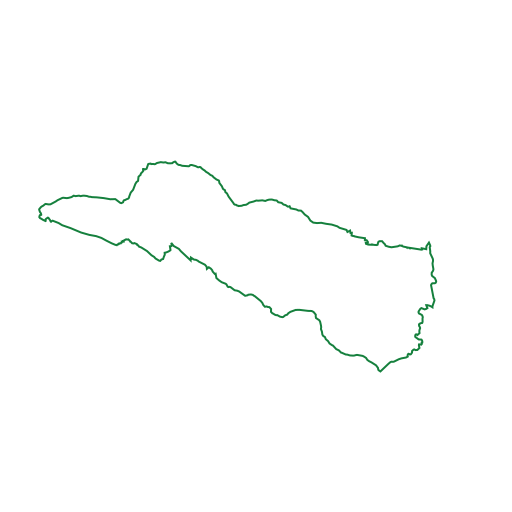 Lazuri De Beius, Bihor, Romania, rotated 50°
{"feature_id": "2599482B33228708697979", "entity_name": "Lazuri De Beius", "entity_type": "district", "adm_level": 2, "iso_a3": "ROU", "parent_name": "Romania", "parent_adm1": "Bihor", "projection": "natural_earth1", "projection_center": [22.328, 46.561], "detail": "fine", "context": "isolated", "style": "outline", "palette": "green", "viewbox_px": 512, "rotation_deg": 50, "n_neighbors": 0, "source": "geoboundaries", "source_scale": "gbopen_adm2", "svg_char_len": 6096}
<svg xmlns="http://www.w3.org/2000/svg" viewBox="0 0 512 512"><g transform="rotate(50 256 256)"><path d="M98.2,389.1L103.9,386.0L107.8,384.7L115.5,380.1L125.6,374.9L132.7,370.1L138.0,365.7L142.8,362.8L147.9,360.8L153.5,358.4L157.2,356.5L157.6,356.0L158.2,355.7L158.1,355.3L158.6,354.0L158.2,353.5L158.3,353.2L158.7,353.1L158.7,352.8L158.5,352.6L158.7,352.2L159.4,351.5L159.2,350.9L159.4,350.5L159.4,350.1L158.7,349.6L159.0,349.3L159.2,348.7L159.6,348.4L159.2,348.2L159.7,347.8L159.2,347.0L159.4,346.4L159.4,346.0L159.7,345.4L159.7,344.8L160.7,344.0L161.2,343.1L163.5,342.9L164.1,343.1L164.4,342.8L166.6,342.7L167.7,341.7L167.9,340.9L170.3,339.6L171.4,339.9L172.1,339.4L173.6,339.6L175.7,338.4L182.2,336.3L188.2,335.6L191.3,334.6L193.3,334.6L197.3,333.2L198.2,332.5L197.9,330.7L198.6,329.1L197.2,326.8L196.4,325.1L194.8,323.9L195.6,322.4L196.3,320.1L196.6,317.9L196.2,317.5L193.2,315.7L194.0,314.5L193.9,313.8L191.5,312.5L195.5,312.6L201.0,310.5L204.0,310.5L217.2,308.9L216.1,308.1L216.6,307.6L215.5,306.8L218.9,305.8L220.3,304.5L222.3,303.6L223.3,303.5L229.9,300.7L232.5,300.7L234.3,301.9L234.3,299.4L236.7,298.7L238.8,298.7L240.0,299.2L243.3,299.1L243.6,298.3L247.4,300.5L251.2,299.9L254.1,299.1L257.7,297.1L258.7,296.9L261.2,297.4L262.0,297.2L262.6,296.1L263.5,295.5L268.5,294.4L270.5,292.7L272.4,291.7L279.5,289.9L280.7,287.7L280.7,286.8L282.2,284.6L283.8,283.4L285.0,283.2L285.8,282.8L293.6,281.3L296.0,281.3L298.2,281.9L300.6,281.8L301.5,280.3L302.7,279.7L303.8,278.6L306.3,278.5L308.4,280.4L310.5,280.3L311.3,279.8L312.9,279.4L314.3,278.6L315.0,277.7L317.9,276.6L319.8,275.1L320.2,274.3L320.2,271.8L321.0,269.7L320.6,268.1L320.9,265.5L322.8,260.3L325.1,257.4L331.6,251.3L333.9,248.7L335.8,247.9L339.3,247.9L340.8,249.2L342.1,249.9L345.9,248.8L347.5,249.1L351.0,250.9L352.4,251.8L353.7,253.2L356.3,254.1L358.9,255.7L360.5,255.9L362.4,255.3L364.6,256.0L367.6,255.5L370.3,255.9L373.1,255.1L374.1,254.6L378.9,254.4L381.5,253.2L384.8,252.9L385.2,252.5L389.1,250.6L390.3,249.4L392.5,248.0L394.4,246.0L395.2,245.1L396.4,242.6L397.0,241.9L401.1,238.5L402.8,237.8L404.9,237.2L407.1,237.5L409.2,237.0L411.8,235.9L416.9,234.3L420.2,234.5L421.1,235.1L422.2,235.5L424.4,234.9L423.7,223.6L423.7,221.2L424.1,220.1L425.1,219.1L425.6,218.2L426.9,212.9L427.9,210.4L430.2,206.3L430.6,204.4L429.5,203.7L429.0,202.9L428.9,202.1L429.6,201.6L430.4,201.4L430.8,200.5L430.3,198.6L429.1,197.5L429.0,195.5L429.3,194.8L430.6,194.3L431.7,192.8L431.5,189.9L429.2,188.7L428.5,188.0L429.2,187.1L430.1,186.5L430.0,185.6L428.9,184.8L429.2,184.3L428.8,183.8L427.5,183.1L426.4,183.0L424.5,185.0L420.5,186.0L419.7,185.6L419.0,184.7L418.8,184.1L419.3,183.3L420.3,183.1L420.2,180.3L418.7,179.3L417.9,178.5L416.7,176.6L415.4,176.1L414.4,176.0L413.2,175.1L413.4,174.8L413.1,173.9L413.5,172.7L414.1,171.7L413.5,170.7L411.0,168.7L410.0,167.5L408.4,166.9L407.6,166.9L404.7,168.1L403.6,167.7L403.0,167.1L402.1,164.1L402.2,162.8L405.3,161.1L405.9,159.7L406.1,158.2L403.1,157.2L403.7,156.4L405.7,155.0L407.1,154.3L408.7,153.8L407.9,153.1L404.8,147.9L403.6,147.2L402.5,147.1L390.8,140.6L390.2,139.1L390.4,138.2L391.8,136.6L392.0,135.6L391.5,134.5L390.7,134.0L387.9,133.2L384.5,133.9L383.3,133.5L381.8,132.2L381.1,129.8L380.2,128.6L376.7,126.6L375.1,125.5L373.6,123.6L372.6,122.8L371.6,122.3L365.9,120.8L364.3,119.4L361.1,117.4L360.8,117.0L360.5,116.1L359.7,115.7L356.9,114.9L358.1,119.2L360.2,121.2L356.7,124.0L357.8,124.6L357.5,125.2L349.7,132.0L348.8,132.8L349.1,133.1L348.8,133.4L348.3,133.3L346.2,135.0L346.3,135.1L345.9,135.2L343.6,137.0L342.1,137.8L341.8,137.6L340.8,138.8L340.3,139.1L339.7,141.2L336.4,146.6L334.2,148.4L331.5,150.1L329.8,149.7L328.2,149.9L325.7,149.9L324.1,151.8L323.8,153.0L324.7,154.6L325.5,155.5L325.3,156.4L323.2,158.6L321.8,159.6L322.0,159.9L319.4,162.7L317.4,163.9L316.5,163.4L318.1,162.4L317.3,161.3L315.1,161.1L313.7,162.3L312.4,161.1L307.8,165.2L304.3,167.9L304.1,167.9L302.5,169.2L301.7,169.6L299.8,167.7L299.1,168.8L297.0,167.6L296.4,170.5L294.2,169.9L288.1,173.9L285.6,174.6L280.6,177.8L276.4,181.6L272.5,184.7L270.0,188.1L267.2,190.7L263.8,191.6L259.5,191.0L255.6,192.0L252.0,192.1L250.1,192.4L248.4,194.3L246.3,195.2L241.7,198.9L239.5,198.3L239.3,199.0L238.6,199.9L236.0,200.6L234.2,201.9L231.8,202.2L229.1,204.4L227.1,204.4L226.4,204.8L225.1,206.1L223.4,207.2L222.7,207.8L221.2,209.8L220.4,211.5L219.8,213.5L217.4,215.4L215.1,218.7L213.7,220.1L212.7,222.9L210.8,226.8L210.7,229.0L210.4,230.6L208.9,232.9L208.3,234.7L206.4,237.4L205.8,237.5L204.9,238.2L204.1,238.3L202.9,239.3L201.9,239.5L201.1,239.3L192.9,238.8L189.4,238.0L187.4,238.4L185.7,237.5L185.1,237.6L184.3,238.0L183.2,238.1L180.6,237.3L176.5,237.1L174.9,236.1L174.2,236.0L172.0,237.1L168.4,237.9L166.5,237.9L164.7,238.8L161.9,239.3L159.3,240.2L157.3,240.4L156.3,240.8L154.0,241.3L152.3,241.4L151.6,241.9L151.1,243.0L150.6,243.5L148.4,244.4L145.0,246.7L144.1,247.9L144.2,249.4L144.0,249.9L139.4,254.6L137.6,255.6L136.6,256.6L135.7,257.0L134.1,257.3L131.9,257.1L131.6,257.4L131.0,259.1L131.1,260.4L129.9,262.1L128.3,263.9L126.0,265.1L124.9,266.8L122.9,268.6L121.1,272.1L120.8,274.1L120.5,274.7L119.5,275.5L118.2,277.2L117.5,277.3L116.5,278.9L116.3,279.5L118.8,283.7L118.5,285.1L118.0,285.7L117.3,285.9L116.8,286.6L117.2,287.0L118.3,287.6L118.6,288.9L118.8,291.1L119.7,292.4L119.6,293.3L119.8,295.1L122.5,297.9L122.7,298.3L122.5,299.8L123.2,302.0L126.3,307.6L126.9,311.2L129.0,315.0L129.5,315.5L129.8,316.2L129.9,317.1L129.3,318.7L129.0,320.3L128.5,321.1L128.6,322.0L129.4,323.3L129.0,325.1L128.1,325.8L122.0,327.2L118.9,331.1L113.8,335.4L108.7,340.3L105.4,343.9L104.3,344.7L103.3,345.8L101.3,347.0L99.1,349.1L98.3,350.2L97.4,351.9L96.0,352.8L94.2,355.7L92.6,356.9L92.3,359.4L91.0,362.2L90.1,363.7L87.4,366.3L87.0,367.1L85.7,372.2L85.5,374.4L84.3,380.2L83.3,381.6L80.9,383.7L80.7,384.4L80.7,386.6L80.4,387.9L80.3,389.4L80.8,392.0L81.1,392.3L83.4,393.2L84.8,393.3L86.1,393.8L86.4,394.1L85.8,395.2L86.2,396.1L86.9,397.0L88.2,397.1L89.5,396.5L91.2,396.0L93.9,394.8L93.9,394.5L93.1,394.1L92.7,393.7L92.6,392.8L92.8,390.8L93.3,390.5L96.2,390.7L97.5,391.1L98.0,391.0L98.0,389.9L98.2,389.1Z" fill="none" stroke="#15803d" stroke-width="2"/></g></svg>